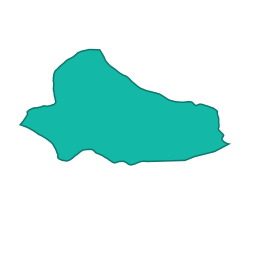 the district of Planard, Micoud, Saint Lucia, rotated 124°
{"feature_id": "8701671B69185125078741", "entity_name": "Planard", "entity_type": "district", "adm_level": 2, "iso_a3": "LCA", "parent_name": "Saint Lucia", "parent_adm1": "Micoud", "projection": "equal_earth", "projection_center": [-60.914, 13.806], "detail": "fine", "context": "isolated", "style": "filled", "palette": "teal", "viewbox_px": 256, "rotation_deg": 124, "n_neighbors": 0, "source": "geoboundaries", "source_scale": "gbopen_adm2", "svg_char_len": 5850}
<svg xmlns="http://www.w3.org/2000/svg" viewBox="0 0 256 256"><g transform="rotate(124 128 128)"><path d="M192.2,168.2L192.1,167.8L192.0,167.4L191.9,166.2L191.7,165.2L191.5,164.5L191.2,163.7L190.7,162.7L190.5,162.3L190.2,161.6L190.0,161.1L189.8,160.8L189.7,160.6L189.3,160.1L189.0,159.9L188.2,159.2L187.9,159.0L187.5,158.7L186.8,158.3L186.0,158.0L185.2,157.7L184.5,157.4L183.8,157.1L183.5,157.0L182.8,157.0L182.5,156.9L180.9,156.4L180.2,156.2L178.8,155.6L178.2,155.4L176.4,154.8L174.8,154.4L174.0,154.1L172.5,153.5L171.4,152.9L171.0,152.6L170.4,151.9L169.6,150.9L169.3,150.6L169.0,150.2L168.3,149.4L167.8,148.7L166.8,147.2L166.7,147.1L166.3,146.4L166.0,145.9L165.9,145.6L165.9,145.0L165.9,144.5L166.0,143.4L166.1,142.9L166.2,142.4L166.3,142.0L166.4,141.2L166.5,141.0L166.5,140.7L166.4,140.2L166.2,138.9L166.1,138.7L166.0,138.4L165.8,137.8L165.7,137.0L165.7,136.7L165.6,135.9L165.2,134.4L165.1,133.9L165.2,132.1L165.1,130.7L165.1,129.8L164.9,129.1L164.9,128.1L164.9,127.2L165.0,126.5L165.0,125.4L164.9,124.7L165.0,122.9L164.9,121.6L164.9,121.2L164.7,120.4L164.7,120.2L164.3,119.6L163.7,119.0L163.1,118.4L162.4,117.9L162.0,117.6L160.9,116.8L160.8,116.7L160.6,116.5L160.0,115.7L159.3,114.8L158.6,113.8L158.5,113.5L158.2,113.1L158.0,112.7L157.9,112.2L157.8,111.3L157.6,110.3L157.6,110.0L157.6,109.8L157.6,109.3L157.7,108.6L157.7,107.6L157.7,106.9L157.6,106.6L157.6,106.4L157.5,106.2L157.3,105.7L157.1,105.4L156.9,105.0L156.4,104.4L155.9,103.8L155.6,103.6L154.6,102.8L153.9,102.2L153.4,101.9L152.6,101.4L151.5,100.7L150.5,100.0L150.2,99.8L149.5,99.3L148.9,98.8L148.4,98.4L148.1,98.0L147.3,97.1L146.5,95.9L146.2,95.5L145.9,94.9L145.7,94.7L145.4,93.9L123.0,62.7L114.4,56.8L99.1,43.1L84.8,35.4L85.5,37.1L85.7,38.6L85.8,40.6L85.6,42.1L84.8,43.9L84.0,44.3L82.9,44.4L82.4,44.3L80.9,44.5L80.5,44.7L80.3,45.2L79.9,46.5L79.7,48.1L79.4,49.5L79.0,51.3L78.4,52.3L77.9,52.8L76.9,53.1L76.3,53.2L75.4,53.7L74.0,54.8L72.7,55.9L69.1,58.4L67.3,60.8L66.1,62.0L65.3,62.7L64.2,63.2L63.9,65.3L63.9,66.7L64.0,68.3L63.8,68.4L64.3,69.8L65.1,73.1L65.3,74.1L66.2,76.9L67.1,80.0L67.8,81.4L68.2,81.9L69.2,82.7L70.3,83.3L71.3,84.1L71.5,84.9L71.5,86.2L71.3,86.9L70.9,88.5L70.9,89.5L71.2,90.5L71.8,91.8L73.1,93.4L75.0,95.6L77.0,98.4L78.2,100.6L79.7,103.4L80.1,104.6L80.7,106.1L81.3,107.8L81.8,109.6L82.0,112.1L82.1,119.3L82.3,120.9L83.6,125.0L85.1,129.0L85.4,130.1L86.4,132.4L87.2,135.3L87.4,136.9L87.8,138.2L88.1,140.2L88.1,143.2L88.0,144.5L87.8,145.8L87.4,150.3L86.8,153.1L86.4,154.8L86.1,157.7L86.2,159.0L86.9,161.9L87.0,164.4L87.1,165.7L86.8,169.5L86.6,171.3L86.5,176.2L86.4,177.9L86.1,179.5L85.5,181.7L85.1,183.4L84.5,184.7L83.8,185.8L82.6,187.6L80.9,191.1L79.7,193.6L79.0,195.2L79.3,195.5L80.0,196.5L80.2,196.9L80.8,198.0L81.5,199.1L82.0,200.0L82.7,201.0L83.0,201.4L83.3,201.9L83.9,202.9L84.2,203.4L84.5,203.8L85.0,204.4L85.4,204.7L86.0,205.3L86.7,206.0L87.3,206.6L87.9,207.1L88.3,207.4L88.6,207.7L89.3,208.5L90.4,209.5L90.7,209.7L91.8,210.3L92.2,210.6L92.6,210.9L93.2,211.3L93.3,211.5L94.0,211.7L94.6,211.9L95.0,211.9L95.3,212.0L95.5,212.0L95.8,212.1L96.0,212.1L96.4,212.3L96.9,212.4L97.7,212.6L98.9,213.0L99.6,213.2L99.8,213.3L100.1,213.4L100.7,213.7L101.2,214.0L101.8,214.2L102.2,214.4L102.6,214.7L102.9,214.9L103.1,215.0L103.8,215.5L105.0,216.1L105.4,216.3L106.2,216.6L106.9,216.8L107.1,216.8L108.5,217.2L109.5,217.3L111.1,217.8L112.8,218.3L113.9,218.6L114.4,218.8L115.1,219.0L116.1,219.2L116.8,219.2L116.9,219.3L118.4,219.5L119.6,219.8L120.7,220.1L121.0,220.2L121.2,220.3L121.7,220.2L123.4,219.9L123.8,219.8L124.3,219.7L124.8,219.5L125.3,219.3L125.9,218.9L126.2,218.7L126.6,218.6L127.3,218.3L127.4,218.2L128.2,217.9L128.5,217.7L129.3,217.1L130.0,216.6L130.7,216.4L130.8,216.3L131.1,216.0L132.2,214.7L132.4,214.4L132.6,214.2L132.8,214.1L133.0,214.0L133.5,213.9L133.8,213.8L134.1,213.6L134.3,213.5L134.8,213.1L135.2,212.8L135.7,212.6L136.3,212.2L137.0,211.9L137.5,211.6L138.0,211.1L138.3,210.9L138.6,210.6L138.8,210.5L139.0,210.2L139.5,209.6L140.3,208.7L140.7,208.4L141.5,207.9L142.2,207.2L142.5,206.9L142.7,206.6L142.9,206.5L143.2,206.1L143.5,205.8L144.2,205.1L144.5,204.8L144.8,204.5L144.9,204.3L145.2,204.0L145.3,203.9L145.8,203.5L146.2,203.0L146.5,202.7L146.9,202.4L147.3,202.2L147.5,202.2L148.2,202.2L148.4,202.2L148.5,202.2L148.8,202.3L149.0,202.4L149.5,202.4L150.0,202.6L150.3,202.8L150.6,203.0L150.8,203.4L150.9,203.5L151.6,203.9L152.2,204.3L152.3,204.4L152.6,204.7L153.3,205.3L153.7,205.7L154.2,206.0L154.7,206.5L155.3,207.3L155.5,207.7L155.7,208.2L156.1,209.0L156.7,210.0L157.0,210.5L157.4,210.7L157.7,211.0L158.9,211.7L159.2,211.9L159.5,212.2L159.8,212.5L161.9,214.6L162.5,215.1L163.1,215.9L163.6,216.4L164.0,216.8L164.1,217.0L164.3,217.2L164.1,217.3L164.8,217.8L165.3,218.2L165.9,218.6L167.0,219.2L167.3,219.4L167.5,219.5L168.1,219.8L168.4,219.9L169.2,220.2L169.9,220.4L170.2,220.4L170.7,220.5L170.9,220.6L171.0,220.5L171.5,220.2L172.0,219.7L172.3,219.4L172.6,219.1L172.9,219.0L173.0,218.9L173.4,218.8L173.7,218.8L173.8,218.8L174.2,218.8L174.5,218.8L174.8,218.8L175.6,218.7L176.9,218.7L180.6,218.7L180.8,218.7L181.1,218.7L181.5,218.8L181.9,218.9L182.2,218.9L182.4,218.9L183.0,218.9L183.9,218.9L184.1,219.0L185.6,219.2L185.3,218.3L185.2,218.1L185.1,217.6L184.8,216.1L184.2,213.6L183.9,212.4L183.7,211.4L183.6,210.4L183.3,207.0L183.2,205.6L183.1,204.1L183.1,202.3L183.2,199.7L183.2,199.2L183.2,198.2L183.1,197.5L182.9,196.6L182.9,196.1L182.8,195.7L182.7,194.8L182.6,194.3L182.6,192.7L182.5,191.8L182.5,190.4L182.5,189.7L182.5,188.9L182.5,188.5L182.7,186.3L182.7,185.6L182.7,185.0L182.8,184.0L182.9,183.3L183.1,182.3L183.2,181.8L183.4,181.4L183.9,180.3L184.9,178.4L185.7,176.7L186.0,176.1L186.3,175.5L187.7,173.7L188.1,173.1L188.5,172.6L189.0,171.9L189.2,171.5L189.8,170.9L189.9,170.7L190.3,170.5L190.7,170.3L190.9,170.3L191.1,170.2L191.4,170.0L191.6,169.7L192.0,169.1L192.1,168.8L192.2,168.5L192.2,168.2Z" fill="#14b8a6" stroke="#0f766e" stroke-width="1.5"/></g></svg>